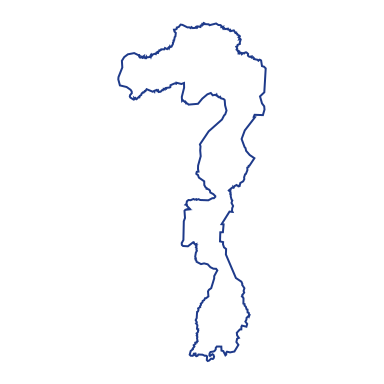 outline of Tatale Sanguli, Northern, Ghana
{"feature_id": "2480657B76540044095481", "entity_name": "Tatale Sanguli", "entity_type": "district", "adm_level": 2, "iso_a3": "GHA", "parent_name": "Ghana", "parent_adm1": "Northern", "projection": "robinson", "projection_center": [0.423, 9.141], "detail": "fine", "context": "isolated", "style": "outline", "palette": "blue", "viewbox_px": 384, "rotation_deg": 0, "n_neighbors": 0, "source": "geoboundaries", "source_scale": "gbopen_adm2", "svg_char_len": 5907}
<svg xmlns="http://www.w3.org/2000/svg" viewBox="0 0 384 384"><path d="M127.9,54.3L124.2,57.1L121.9,60.8L122.3,67.5L118.5,77.1L118.3,79.4L119.9,85.4L126.6,87.0L130.6,89.8L131.7,91.5L131.8,93.2L130.1,95.1L129.8,96.5L130.3,97.5L133.6,99.6L134.5,99.3L134.3,98.1L134.9,98.6L135.4,98.0L136.6,99.1L138.8,96.9L139.4,97.2L139.8,95.9L141.3,94.9L141.6,93.6L142.9,92.4L143.6,92.6L144.8,91.0L145.4,91.2L146.6,89.2L152.7,91.7L154.0,91.0L154.4,91.5L154.5,90.8L156.7,89.9L157.3,91.0L158.1,90.3L158.8,92.0L160.6,91.7L162.2,90.1L162.9,90.2L163.4,89.3L164.4,89.4L164.2,88.9L165.0,89.0L165.4,88.3L166.2,88.6L166.3,87.9L169.7,87.5L170.3,87.2L170.5,85.2L174.7,83.4L176.1,83.7L176.3,82.7L181.4,84.0L184.0,83.0L184.1,87.7L181.8,96.9L182.1,100.9L182.9,100.2L184.7,101.9L185.2,101.5L186.2,102.6L186.1,103.4L187.5,103.6L188.6,104.6L198.0,103.8L202.3,98.6L207.4,94.3L210.8,93.0L212.7,95.3L215.3,94.8L216.2,95.4L216.6,94.8L216.9,95.8L217.7,96.0L218.3,97.0L219.2,97.4L220.1,96.8L220.9,98.3L223.6,99.0L224.7,100.1L225.1,105.4L226.5,110.6L225.2,114.4L224.1,115.4L222.0,119.5L208.7,131.3L199.9,144.4L200.5,146.3L200.2,150.5L200.7,156.2L198.1,165.6L198.0,169.1L198.5,171.6L196.8,171.8L196.3,173.4L196.5,174.2L197.9,174.9L198.9,177.6L204.2,181.3L204.3,185.1L205.6,187.4L206.7,188.1L206.6,188.8L208.6,189.3L209.9,190.5L210.3,192.5L213.3,194.1L215.3,196.1L215.3,196.8L213.9,198.2L212.3,198.2L208.3,200.3L200.2,200.0L198.6,199.2L196.6,199.8L196.3,199.2L194.7,199.6L193.4,199.0L190.6,200.2L188.5,200.0L186.9,201.3L186.5,203.8L185.6,204.7L187.0,205.1L187.0,205.9L189.5,208.5L188.2,208.9L189.2,209.4L185.4,209.8L184.5,210.8L185.0,218.0L183.8,221.2L183.4,240.0L181.7,243.1L181.9,245.0L183.1,246.0L187.9,246.3L193.3,242.2L193.9,242.4L194.0,243.4L195.2,244.3L196.0,244.1L195.7,244.7L196.5,245.0L196.0,245.4L196.5,246.8L195.9,247.3L196.7,248.7L196.4,249.8L196.9,250.8L195.9,252.5L195.2,256.7L195.8,258.2L195.3,258.5L195.6,259.8L196.2,260.1L196.6,261.8L201.0,264.1L204.1,263.4L207.7,264.3L210.4,267.2L213.4,268.7L216.1,268.8L217.3,270.4L214.2,276.1L214.2,278.4L211.2,288.2L208.9,289.8L208.0,291.4L208.4,296.4L206.1,298.2L205.1,298.2L204.1,300.2L202.7,300.9L202.4,302.4L200.8,303.7L201.0,304.8L200.0,306.2L200.2,307.1L198.1,308.4L198.5,309.9L197.9,311.5L197.1,311.9L196.7,318.1L195.7,320.1L196.8,322.2L196.7,323.1L196.1,323.4L197.4,325.2L197.0,328.6L198.0,329.1L197.6,329.6L198.3,330.3L197.7,332.5L196.6,333.4L197.3,334.9L196.7,335.6L197.4,337.0L197.0,338.1L197.6,341.2L196.8,341.5L196.8,342.4L195.3,342.7L195.5,343.8L193.7,345.2L194.4,346.5L192.7,348.6L192.9,349.2L190.7,351.0L189.7,354.7L190.7,355.7L192.7,355.8L193.4,355.2L193.8,353.7L195.5,353.5L195.7,354.1L194.7,354.8L196.3,356.2L197.5,355.8L198.4,354.5L202.5,354.7L204.9,355.8L205.9,355.6L207.1,356.4L206.8,360.0L207.7,361.0L209.0,360.6L211.2,358.6L212.8,359.0L213.6,358.3L214.1,356.7L213.4,354.8L212.4,354.2L210.0,356.0L209.4,355.3L209.6,353.4L210.5,352.0L213.7,351.5L214.9,350.6L215.7,349.4L215.8,347.8L216.9,346.5L221.3,346.6L221.5,350.6L223.3,351.1L225.4,355.3L226.2,354.6L226.3,352.5L227.0,351.7L230.1,352.4L234.4,351.5L238.4,344.9L236.4,342.0L237.1,338.7L238.9,337.9L237.1,335.4L236.8,332.8L239.8,329.5L241.3,329.4L241.4,326.7L242.0,325.6L246.4,326.7L247.2,324.0L245.4,321.6L246.4,319.7L246.6,317.8L248.5,316.0L248.9,316.6L249.6,314.8L249.0,314.3L248.7,312.8L247.6,312.4L247.5,309.6L246.6,309.3L245.8,306.7L244.6,305.6L244.6,304.1L243.4,303.6L243.5,298.2L242.0,296.4L242.5,296.0L242.2,295.1L244.2,292.6L243.6,291.0L244.4,288.2L242.2,284.9L242.3,283.8L241.4,281.7L235.9,278.0L225.9,254.5L226.1,249.0L224.0,247.3L223.0,244.3L223.1,242.1L220.0,241.4L220.3,232.3L222.9,232.2L223.6,224.4L221.6,224.2L229.5,211.6L232.5,211.9L232.0,210.8L232.2,208.1L233.1,206.0L231.5,202.9L232.3,200.4L231.6,199.7L230.7,196.3L230.8,194.2L230.2,193.9L230.6,192.2L228.8,190.5L229.7,189.6L230.5,189.9L230.9,188.6L232.4,187.5L233.3,187.7L233.3,187.1L233.7,187.5L234.7,186.0L236.6,185.0L237.5,185.8L238.6,185.7L238.7,186.3L239.6,186.1L240.3,183.0L243.2,181.3L244.3,179.1L244.1,177.3L245.1,174.3L245.9,173.9L247.4,170.1L247.3,167.6L248.6,166.9L248.7,165.8L249.5,165.6L254.4,158.2L249.7,155.0L246.1,150.8L245.5,148.1L244.6,147.1L241.6,139.0L244.8,130.4L255.0,117.2L253.7,116.9L254.6,114.8L262.9,115.1L264.5,109.6L264.2,106.3L262.0,103.4L260.0,96.4L264.3,92.3L265.7,68.4L264.0,66.7L262.0,66.1L261.1,60.5L260.2,59.9L259.5,59.7L258.4,60.7L257.6,59.8L254.2,59.1L254.4,58.7L253.2,57.3L252.0,57.8L251.4,57.4L251.6,56.4L249.5,56.8L248.4,56.2L247.9,55.4L248.1,53.9L246.4,52.4L245.3,52.4L244.2,53.4L243.2,53.0L241.9,54.1L241.6,53.1L240.6,53.3L240.8,52.7L239.9,52.3L239.3,53.6L238.6,53.5L238.8,52.8L237.8,51.1L238.4,50.8L236.6,49.6L237.2,48.3L236.3,46.7L237.4,46.2L237.6,44.9L239.9,43.9L239.8,42.5L240.7,39.4L240.2,38.8L239.4,39.1L239.7,38.5L238.6,37.3L239.8,36.4L239.6,35.8L237.3,34.6L237.2,33.7L235.7,33.1L235.9,32.5L235.2,32.5L233.8,30.4L230.8,31.1L230.3,30.1L229.8,30.7L228.6,29.3L227.8,29.3L227.8,28.7L225.0,29.1L224.2,28.1L223.3,28.8L222.5,27.3L222.8,26.8L221.3,27.1L221.3,25.8L220.5,25.1L218.4,25.0L216.1,23.5L209.5,25.2L208.7,24.3L204.4,24.1L204.4,23.3L203.6,23.0L202.9,24.6L202.2,24.2L201.9,25.6L200.7,25.5L200.4,27.0L197.9,26.4L197.3,27.4L196.8,26.8L196.2,27.7L195.7,27.2L195.1,27.9L192.8,28.1L191.4,27.1L190.7,28.1L189.2,27.3L187.5,27.4L182.5,24.9L180.6,24.6L178.7,27.0L176.8,27.5L176.8,28.7L175.5,29.6L174.0,29.7L174.5,31.6L175.8,32.9L175.4,36.4L174.7,37.1L174.2,40.0L173.5,40.4L173.7,41.7L172.9,42.6L173.0,43.8L171.5,46.7L170.3,47.1L169.9,46.4L169.0,48.4L168.5,47.6L167.1,49.1L165.0,48.0L164.3,49.3L161.2,49.3L160.9,50.0L159.4,50.3L159.5,50.9L157.9,51.7L158.3,52.1L158.0,53.0L156.4,52.8L155.8,54.1L155.1,53.7L152.9,54.4L152.0,55.5L151.5,54.8L150.9,56.7L150.5,55.7L149.8,57.0L147.0,57.4L146.5,56.7L146.1,58.2L145.2,58.2L144.7,57.3L143.3,57.7L143.7,56.2L142.7,56.9L141.9,56.7L142.1,57.4L140.1,57.6L139.2,56.6L139.7,55.7L139.2,55.0L138.3,55.1L134.2,53.1L127.9,54.3Z" fill="none" stroke="#1e3a8a" stroke-width="2"/></svg>